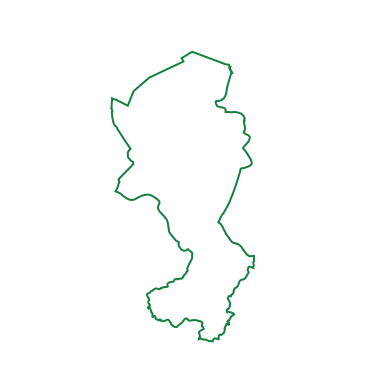 Yatenga, Yatenga, Burkina Faso, rotated 45°
{"feature_id": "67063806B65280418727437", "entity_name": "Yatenga", "entity_type": "district", "adm_level": 2, "iso_a3": "BFA", "parent_name": "Burkina Faso", "parent_adm1": "Yatenga", "projection": "albers", "projection_center": [-2.148, 13.581], "detail": "fine", "context": "isolated", "style": "outline", "palette": "green", "viewbox_px": 384, "rotation_deg": 45, "n_neighbors": 0, "source": "geoboundaries", "source_scale": "gbopen_adm2", "svg_char_len": 6092}
<svg xmlns="http://www.w3.org/2000/svg" viewBox="0 0 384 384"><g transform="rotate(45 192 192)"><path d="M127.9,76.0L125.9,77.7L92.9,92.8L90.0,104.8L93.7,105.7L80.9,141.3L79.4,162.1L85.6,176.4L72.5,180.6L71.1,181.9L69.2,182.3L69.5,182.7L70.0,182.8L71.6,185.0L75.7,189.5L75.9,189.9L76.4,190.2L77.4,190.3L78.3,191.0L78.3,191.3L78.9,191.6L78.9,192.1L79.8,193.2L80.5,193.5L82.4,195.3L88.1,198.9L90.9,199.6L92.0,199.3L93.5,199.6L94.4,200.0L95.6,200.7L96.4,200.5L107.4,202.9L118.0,204.9L118.1,205.1L118.0,206.3L118.1,207.6L118.7,209.5L121.0,211.7L122.3,212.7L126.3,213.1L127.3,213.0L128.9,212.4L130.6,213.5L130.8,213.8L131.0,234.9L131.9,235.1L132.2,235.7L133.3,235.8L133.6,236.2L134.4,238.6L135.2,239.4L135.8,241.0L136.3,241.6L137.5,245.7L140.2,244.4L142.7,243.7L146.6,243.4L151.5,242.4L152.8,241.8L154.7,240.6L156.0,239.1L156.5,238.1L159.1,230.2L160.6,227.6L162.3,225.4L163.1,224.6L165.5,223.2L170.4,222.0L174.4,221.6L175.2,221.8L176.3,222.2L176.9,223.0L177.8,225.5L178.2,226.3L179.5,227.5L181.0,228.2L182.0,228.5L183.6,228.7L186.4,228.9L188.1,228.8L193.0,229.3L194.2,229.6L196.3,230.6L203.6,236.0L204.3,236.4L205.9,236.8L215.3,237.7L217.8,236.8L218.1,236.8L218.7,237.3L219.5,238.6L221.2,239.6L225.1,240.2L226.8,239.8L228.2,238.8L228.9,237.9L229.2,237.2L229.3,235.8L229.8,235.2L231.8,235.3L234.1,234.8L235.3,235.1L236.9,236.6L237.1,237.0L237.6,237.3L238.9,238.9L239.8,241.1L240.7,244.4L242.4,248.8L242.6,249.3L243.4,250.1L244.2,250.4L244.8,251.0L244.9,251.4L244.8,251.9L244.6,252.1L244.6,252.5L245.2,253.9L245.4,257.6L245.6,257.9L246.0,258.3L245.9,258.8L246.1,260.3L245.9,260.7L245.4,260.9L244.4,262.4L243.6,263.4L243.6,263.9L243.0,264.1L241.8,265.6L241.6,266.1L241.6,266.6L242.2,267.8L242.2,268.4L241.8,269.3L241.4,269.8L240.8,270.2L240.5,271.0L239.8,272.3L239.5,273.9L240.3,275.1L241.1,275.6L241.6,275.8L241.7,276.2L241.5,276.5L240.0,278.5L239.7,279.2L239.0,279.8L238.6,280.4L238.5,281.2L238.0,282.1L237.9,283.5L237.7,283.9L235.8,284.9L234.4,286.1L234.2,286.5L234.0,288.0L233.7,289.1L233.6,290.3L233.1,291.5L233.4,293.3L232.7,294.6L232.3,295.5L232.6,296.1L233.0,296.7L233.7,297.1L237.2,298.0L237.8,298.4L238.2,298.8L238.3,299.7L238.6,300.3L239.7,301.3L240.2,301.4L241.7,301.5L242.0,301.7L242.6,302.3L242.6,303.1L242.4,304.7L242.7,305.1L243.6,305.1L244.0,304.4L244.1,304.0L244.4,303.7L247.9,305.4L248.3,305.9L248.6,305.9L249.1,305.6L250.1,306.0L250.6,306.4L251.0,307.1L252.4,308.2L252.9,307.6L252.9,306.8L253.0,306.4L253.5,306.0L254.3,306.1L255.6,307.0L256.3,307.3L256.6,307.3L257.4,306.8L259.1,306.3L259.3,305.6L259.2,304.9L259.4,304.7L260.6,304.5L260.6,305.1L262.1,304.6L263.0,303.7L264.2,301.7L264.4,300.6L264.9,299.7L265.5,299.2L266.7,299.0L267.2,299.1L267.9,299.5L269.8,299.6L270.5,300.1L271.3,300.1L271.8,300.3L272.6,300.2L273.3,300.0L274.1,300.1L275.1,299.6L275.8,299.1L276.7,298.1L276.6,295.7L277.3,292.5L277.2,290.4L276.7,287.1L277.0,285.6L278.2,285.3L279.0,285.0L280.4,285.2L281.0,285.0L281.5,284.5L282.7,282.6L285.5,279.7L286.7,279.0L287.5,278.9L289.4,277.4L290.7,277.0L291.6,277.1L292.1,277.4L292.5,278.2L293.7,279.8L294.5,280.0L295.5,279.8L297.1,280.5L295.9,284.6L296.0,285.9L296.3,286.3L299.4,288.3L300.0,289.1L300.1,289.8L300.7,290.3L300.7,290.9L300.9,291.2L301.3,290.0L301.3,289.5L301.5,289.3L302.4,289.3L304.5,288.2L305.6,286.9L309.3,285.5L312.3,282.8L311.8,282.4L311.2,281.2L311.5,279.8L312.4,278.7L314.1,277.9L314.8,277.1L313.9,276.4L313.3,275.4L312.7,274.7L312.4,274.0L312.7,273.1L313.2,272.9L313.8,272.3L314.1,269.2L314.0,268.6L313.7,267.8L313.0,267.1L312.4,265.8L311.5,265.5L310.8,264.0L310.4,262.2L309.8,261.3L309.8,260.7L310.0,260.2L310.9,260.4L311.3,260.3L311.6,260.0L311.9,259.3L311.7,259.0L310.2,258.3L308.5,258.3L308.4,257.5L309.0,256.3L308.6,255.7L308.2,253.6L307.7,252.7L308.0,251.3L307.9,250.4L308.5,248.9L308.3,248.7L307.7,248.6L306.3,248.8L304.9,249.5L302.6,250.9L301.9,251.6L301.5,251.7L301.6,251.9L301.1,251.8L300.1,250.8L300.0,250.3L299.9,249.8L300.3,248.9L300.2,247.6L299.9,246.7L299.3,245.8L298.8,245.5L298.5,244.9L298.0,244.4L297.7,243.8L297.3,243.5L295.8,242.9L295.4,242.9L294.9,242.6L293.7,242.5L292.3,241.7L291.8,239.3L293.1,238.4L293.3,238.2L293.2,237.8L292.6,237.0L292.9,234.6L292.0,233.2L290.6,231.4L290.7,230.5L290.4,229.9L290.9,227.2L290.9,226.1L289.0,222.1L288.7,221.1L288.7,220.0L289.1,219.0L290.0,217.8L290.5,216.4L290.6,215.6L290.5,214.9L289.0,208.9L287.9,208.2L286.4,207.8L285.4,205.8L285.2,205.1L285.5,204.4L286.4,203.5L287.5,203.2L288.7,202.4L288.4,202.3L288.3,201.6L288.0,200.8L287.6,200.2L285.9,199.2L285.4,198.7L285.1,198.3L284.7,197.1L284.0,196.1L283.1,195.7L281.1,193.5L280.2,194.2L278.5,196.4L277.2,197.1L274.9,197.4L272.8,197.2L265.5,195.9L264.0,195.9L262.9,196.0L261.4,196.6L260.5,196.6L260.5,197.0L259.1,197.5L257.5,198.6L255.9,199.0L254.4,199.0L251.7,198.5L251.3,198.6L250.6,198.4L250.3,198.1L246.1,197.8L243.3,196.7L241.0,196.1L239.4,195.4L236.3,194.5L234.4,194.4L232.0,194.8L229.5,187.4L229.3,185.2L228.3,181.3L226.5,175.2L225.0,171.1L223.9,168.8L222.2,164.5L216.6,153.0L213.5,147.3L212.4,145.0L210.2,141.5L210.2,140.4L211.9,138.1L213.1,135.7L214.4,132.5L214.6,131.0L214.2,130.0L213.8,129.3L212.9,128.6L210.8,127.5L203.0,125.6L200.7,125.2L198.0,125.1L197.0,124.7L196.8,124.1L196.6,123.1L196.5,119.3L196.3,116.6L195.4,114.1L194.2,112.4L193.0,112.0L191.9,112.0L188.9,113.1L186.5,113.4L186.1,112.9L185.8,111.4L185.0,109.9L183.8,108.9L179.4,106.0L178.8,105.4L179.3,105.4L178.7,104.5L178.0,103.6L177.0,102.6L174.6,101.8L173.2,101.7L171.9,101.8L170.4,102.2L168.7,103.0L165.5,105.3L163.7,107.5L159.1,111.7L157.5,110.0L156.7,109.7L156.0,109.7L154.9,110.1L153.8,110.7L152.4,111.8L150.7,112.7L150.0,113.3L148.6,113.4L148.2,113.1L146.3,112.6L145.3,111.5L144.7,111.2L144.8,110.7L145.1,110.0L146.2,109.1L147.2,107.5L147.8,106.3L147.9,105.7L147.8,105.3L148.3,103.5L148.2,102.4L147.2,99.5L145.8,97.1L144.4,95.3L142.6,92.8L136.0,80.8L135.9,79.5L136.2,79.3L135.6,79.0L135.4,79.4L134.6,79.5L134.6,79.2L134.2,78.9L133.9,78.5L133.5,78.4L133.1,78.7L132.7,78.7L132.4,78.4L132.0,78.3L132.0,78.0L131.6,77.9L131.1,78.0L130.7,77.7L130.6,76.9L130.3,77.3L130.2,76.9L129.8,76.6L128.2,75.8L127.9,76.0Z" fill="none" stroke="#15803d" stroke-width="2"/></g></svg>